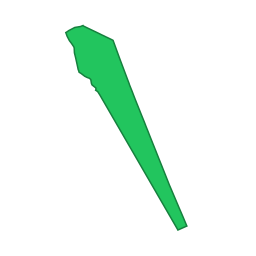 the district of Al Buhaira, River Nile, Sudan, rotated 156°
{"feature_id": "16777658B74414599531320", "entity_name": "Al Buhaira", "entity_type": "district", "adm_level": 2, "iso_a3": "SDN", "parent_name": "Sudan", "parent_adm1": "River Nile", "projection": "natural_earth1", "projection_center": [32.571, 20.233], "detail": "fine", "context": "isolated", "style": "filled", "palette": "green", "viewbox_px": 256, "rotation_deg": 156, "n_neighbors": 0, "source": "geoboundaries", "source_scale": "gbopen_adm2", "svg_char_len": 1332}
<svg xmlns="http://www.w3.org/2000/svg" viewBox="0 0 256 256"><g transform="rotate(156 128 128)"><path d="M123.9,14.5L119.9,14.5L115.1,14.5L114.6,14.5L114.4,14.5L114.1,14.5L114.1,15.7L114.0,19.8L114.0,20.3L114.0,20.5L113.9,24.0L113.8,33.3L113.8,34.1L113.6,44.9L113.4,56.9L113.4,57.5L113.4,58.4L113.4,59.0L113.3,60.9L112.5,80.7L112.3,86.6L111.9,96.3L111.3,112.2L111.1,116.3L110.9,122.2L110.7,125.7L110.5,131.2L110.5,131.8L109.8,150.3L109.6,154.7L109.3,160.0L109.2,163.4L109.1,165.7L109.1,166.1L109.1,166.5L108.9,168.2L108.6,173.6L107.4,193.9L107.2,196.9L107.1,198.4L107.0,199.8L106.9,201.4L106.1,212.7L106.1,213.1L106.0,214.1L106.9,215.3L108.0,216.6L110.1,219.1L111.1,220.2L111.9,221.2L112.4,221.8L112.8,222.3L113.1,222.6L114.3,224.0L116.1,226.2L117.3,227.6L120.8,231.7L125.4,237.1L126.3,238.2L126.9,238.9L127.4,239.5L127.4,239.9L128.2,240.0L130.0,240.0L134.2,241.1L135.7,241.5L142.4,241.1L145.5,240.5L146.0,240.5L146.1,239.2L146.3,236.5L146.0,231.6L145.3,228.7L144.6,224.8L144.5,223.3L146.4,218.4L147.1,214.4L147.3,213.3L149.1,204.6L149.8,201.4L149.7,200.8L150.0,198.8L148.8,197.1L146.5,192.9L144.7,190.7L143.0,189.1L142.3,187.4L143.3,183.5L143.3,181.9L141.1,177.7L141.6,176.2L142.2,175.7L140.9,173.6L140.3,169.7L132.5,96.1L130.8,80.0L124.0,15.7L123.9,14.6L123.9,14.5Z" fill="#22c55e" stroke="#15803d" stroke-width="1.5"/></g></svg>